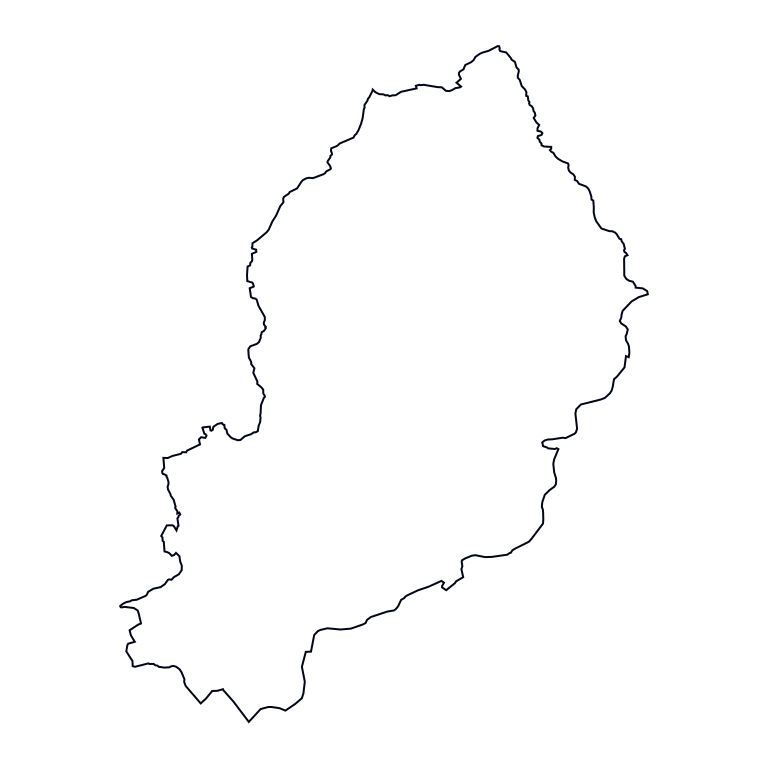 Chiuza, Bistrita-Nasaud, Romania
{"feature_id": "2599482B70682729995769", "entity_name": "Chiuza", "entity_type": "district", "adm_level": 2, "iso_a3": "ROU", "parent_name": "Romania", "parent_adm1": "Bistrita-Nasaud", "projection": "robinson", "projection_center": [24.223, 47.242], "detail": "fine", "context": "isolated", "style": "outline", "palette": "ink", "viewbox_px": 768, "rotation_deg": 0, "n_neighbors": 0, "source": "geoboundaries", "source_scale": "gbopen_adm2", "svg_char_len": 6056}
<svg xmlns="http://www.w3.org/2000/svg" viewBox="0 0 768 768"><path d="M248.8,721.9L260.6,709.1L268.1,707.0L271.5,707.0L279.6,708.2L285.4,710.6L295.1,704.0L301.8,698.3L303.4,693.5L304.8,681.7L301.9,666.8L305.8,651.9L311.0,651.6L314.2,635.0L317.9,631.1L320.5,629.9L327.4,628.3L340.5,629.5L350.9,628.6L363.0,624.4L365.6,623.0L367.0,619.9L370.9,617.0L387.2,611.6L394.1,610.4L396.0,608.9L398.1,606.3L401.1,599.9L404.2,598.1L405.4,596.5L407.6,595.2L418.0,590.3L428.4,586.8L441.4,580.9L444.0,582.7L442.0,586.2L442.1,587.4L446.2,590.2L454.9,583.2L456.1,581.3L463.2,577.2L461.4,569.1L462.4,566.1L461.7,562.4L461.9,560.4L465.0,558.5L471.8,555.7L475.4,555.2L485.0,557.1L491.8,556.9L507.3,554.7L509.5,553.1L510.7,552.9L512.4,550.3L515.3,548.5L528.8,541.8L531.3,539.1L543.0,523.6L543.3,519.4L543.1,512.0L542.8,509.3L541.9,507.2L542.0,504.7L542.4,501.8L544.8,494.8L549.7,490.0L554.4,486.6L555.9,484.2L556.2,480.6L555.9,477.9L554.2,472.4L553.3,463.9L554.1,459.5L558.4,449.1L556.7,448.2L555.1,449.0L548.1,448.4L547.3,447.6L543.2,446.2L542.2,442.5L544.6,440.5L547.9,439.5L552.4,439.3L562.6,437.7L565.6,438.1L574.6,433.7L575.9,432.3L577.1,428.8L575.4,413.5L576.3,409.2L580.9,404.5L600.8,399.5L604.9,397.9L609.9,393.3L611.6,390.7L612.7,387.0L614.0,379.2L617.0,376.6L624.5,367.4L626.0,356.1L628.7,357.2L629.4,352.7L628.9,346.3L628.0,343.7L626.0,340.3L625.6,336.2L626.5,334.5L627.8,329.5L625.8,326.4L621.2,323.4L619.8,321.0L621.3,317.6L621.6,314.5L622.6,310.9L631.5,301.5L638.8,297.1L647.8,294.3L647.2,291.1L642.8,288.4L635.6,287.6L635.6,286.0L632.9,281.7L629.0,280.7L626.2,278.8L624.3,275.7L624.1,258.7L624.9,256.3L627.5,255.2L626.0,252.9L624.5,252.0L624.0,250.2L624.9,248.8L623.7,244.0L621.6,241.1L621.2,239.2L619.5,238.8L616.7,234.2L615.3,232.7L612.4,231.3L609.2,231.1L601.4,228.5L596.4,221.5L594.8,217.7L593.7,212.4L593.8,207.1L593.3,200.6L591.5,199.5L591.3,196.4L589.7,191.4L588.3,188.6L586.1,186.5L579.0,183.8L577.1,181.0L574.8,179.9L574.9,176.7L573.4,174.4L570.6,172.6L568.9,170.6L568.2,167.7L568.6,165.1L568.0,163.4L562.4,161.4L557.9,158.7L555.4,156.3L553.5,153.0L551.0,151.5L549.9,150.1L551.2,148.7L551.2,146.9L544.1,146.5L541.6,145.3L541.4,143.3L539.8,141.8L539.4,139.7L537.4,137.8L537.9,136.1L541.6,134.9L542.4,133.1L540.8,131.5L537.5,130.8L537.5,128.3L539.2,125.0L536.3,122.3L533.7,117.9L535.4,115.5L534.8,112.7L533.6,111.1L533.0,108.2L531.6,106.1L529.8,105.1L529.1,103.5L529.5,102.2L528.3,100.4L527.8,96.4L526.2,95.8L526.4,92.1L525.1,89.6L521.7,86.0L519.8,80.0L517.8,77.7L517.8,75.5L518.8,71.3L518.6,69.5L516.6,67.6L514.9,61.9L511.5,59.6L511.1,58.4L506.3,52.5L500.2,51.1L499.4,49.6L499.7,48.3L499.2,46.3L497.7,46.1L488.7,50.8L482.4,52.6L479.8,53.8L475.4,56.9L473.7,60.0L471.1,62.2L465.3,65.0L463.4,69.4L460.1,71.4L458.9,72.9L459.0,74.9L460.9,78.9L456.5,82.7L461.1,86.6L459.8,87.4L455.5,88.1L451.8,90.2L449.3,91.1L445.9,90.8L441.8,87.3L437.5,87.1L423.7,84.8L420.5,85.2L419.5,84.8L415.9,85.8L416.6,88.4L401.0,91.8L395.7,95.2L392.3,95.4L389.7,96.2L387.7,95.2L385.5,95.4L383.6,94.4L379.1,94.1L375.4,92.2L372.7,89.6L372.4,91.0L369.2,97.4L368.1,98.5L367.3,100.9L364.4,105.1L364.6,107.7L363.9,108.9L362.6,118.4L361.0,124.0L358.4,130.4L356.3,133.9L354.7,135.3L353.5,137.6L339.9,143.4L337.1,145.9L331.3,148.3L330.9,150.8L331.9,153.2L331.9,154.6L330.4,155.9L330.3,157.5L327.8,161.0L327.4,162.3L330.0,165.8L330.9,168.2L330.6,169.1L326.3,171.4L325.0,173.2L323.5,174.2L313.1,178.1L308.8,177.8L306.1,178.4L303.0,180.1L301.4,181.7L297.1,188.4L289.6,192.1L288.8,193.6L283.8,197.0L283.2,198.7L283.4,202.3L280.3,206.1L276.1,215.6L272.5,221.2L268.6,229.9L266.5,232.4L257.1,240.3L252.5,243.2L252.4,246.3L251.8,247.6L252.2,248.5L256.1,249.7L256.4,251.9L251.9,253.8L252.3,259.3L251.9,261.3L250.3,263.0L250.1,265.4L247.6,266.5L247.0,275.1L247.3,281.1L252.3,282.6L253.0,283.6L253.8,286.2L253.7,286.6L249.7,288.2L251.0,297.0L252.9,298.2L255.5,298.6L256.7,299.6L258.4,305.6L264.8,317.0L264.8,320.2L263.8,322.6L263.9,323.8L264.0,324.6L265.8,326.9L265.3,327.4L265.7,328.3L264.1,330.8L261.7,332.2L261.4,334.1L260.7,335.6L260.8,337.7L259.0,342.1L256.8,343.9L250.3,346.3L248.5,348.9L248.3,350.4L248.9,357.6L250.9,361.4L251.3,362.7L251.1,363.9L254.4,368.3L253.3,372.8L257.4,381.6L257.2,383.9L261.3,387.3L263.2,389.6L263.3,393.6L264.6,395.6L264.9,396.9L263.9,397.8L261.0,405.1L260.6,413.1L260.1,415.9L260.6,417.5L260.1,422.2L258.7,425.6L257.8,431.2L255.6,432.3L253.9,432.3L251.1,434.2L244.9,436.2L240.4,440.0L237.7,440.2L232.4,438.4L230.6,437.1L227.5,433.8L226.4,429.7L224.7,428.3L224.6,426.3L224.1,425.6L224.3,424.9L222.6,424.2L221.9,423.0L217.7,423.9L214.2,426.2L213.3,427.0L212.7,430.0L211.4,430.7L210.5,430.4L209.8,426.6L202.9,427.4L202.4,427.7L204.4,433.8L205.5,434.1L206.5,435.6L205.3,437.9L201.2,437.2L198.9,439.4L200.0,444.4L187.1,450.6L186.1,452.3L182.3,452.1L180.9,453.8L172.3,456.0L167.8,458.0L163.4,457.9L164.2,468.0L162.1,471.1L162.3,473.0L163.1,474.1L163.9,474.1L166.5,475.5L166.5,476.8L167.1,477.4L168.4,481.6L168.5,484.1L167.6,486.8L168.0,489.4L170.5,494.2L170.8,495.8L173.7,499.8L175.6,506.7L175.1,507.8L177.4,511.4L177.3,513.5L179.3,512.6L180.2,514.5L178.5,516.0L178.4,517.2L177.4,518.3L178.5,525.8L177.7,526.4L176.5,530.4L173.8,526.1L172.6,525.3L166.8,525.4L161.2,536.0L162.5,537.5L162.6,540.8L163.8,541.8L164.5,551.4L167.4,552.2L169.3,553.2L171.8,555.8L174.1,555.0L176.0,552.9L179.4,556.2L180.3,561.9L181.8,565.6L181.7,570.2L178.8,574.3L173.8,577.2L171.6,579.7L169.0,579.4L167.9,579.9L164.8,584.2L160.6,587.1L153.4,588.7L148.2,591.8L146.7,594.9L145.6,595.9L136.8,599.7L131.7,600.3L130.4,601.2L126.1,602.2L123.1,603.7L120.2,606.0L120.7,607.2L121.6,607.4L124.6,606.9L133.8,608.0L137.7,610.5L138.8,613.9L141.0,623.5L138.2,624.6L129.6,630.3L130.9,635.3L134.8,641.8L128.2,643.7L127.4,645.0L126.3,651.4L132.5,661.1L132.7,666.1L134.9,666.8L148.4,663.4L149.6,664.0L153.6,663.9L155.3,665.3L157.4,665.6L158.8,666.8L164.3,667.6L169.4,667.3L170.9,666.4L173.2,665.9L176.1,666.7L179.6,669.3L181.6,672.4L184.4,679.2L184.2,682.0L185.7,686.0L200.7,703.4L205.7,698.9L212.2,691.0L217.3,690.8L223.0,689.2L223.4,690.2L233.6,701.8L248.8,721.9Z" fill="none" stroke="#020617" stroke-width="2"/></svg>